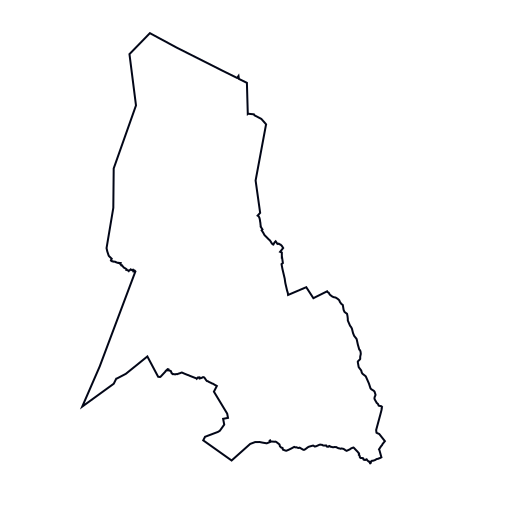 outline of Bergeijk, Noord-Brabant, Netherlands, rotated 98°
{"feature_id": "6326949B35085344325863", "entity_name": "Bergeijk", "entity_type": "district", "adm_level": 2, "iso_a3": "NLD", "parent_name": "Netherlands", "parent_adm1": "Noord-Brabant", "projection": "equal_earth", "projection_center": [5.381, 51.323], "detail": "fine", "context": "isolated", "style": "outline", "palette": "ink", "viewbox_px": 512, "rotation_deg": 98, "n_neighbors": 0, "source": "geoboundaries", "source_scale": "gbopen_adm2", "svg_char_len": 5977}
<svg xmlns="http://www.w3.org/2000/svg" viewBox="0 0 512 512"><g transform="rotate(98 256 256)"><path d="M124.3,264.3L123.5,265.1L119.5,269.8L116.9,277.1L116.1,277.7L116.0,277.8L116.2,283.3L116.3,283.7L116.5,283.9L85.8,289.1L83.0,297.6L80.2,298.4L82.3,299.5L77.0,315.5L60.7,363.5L50.1,392.1L73.7,409.4L123.6,395.8L189.1,409.1L228.2,404.0L269.0,405.1L272.2,403.9L276.2,401.9L276.6,401.5L278.8,398.5L280.5,399.1L281.0,398.6L281.2,398.1L281.1,397.6L281.4,396.9L281.4,396.5L281.3,396.3L281.4,396.0L281.3,395.7L281.3,395.1L281.3,394.6L281.4,394.2L281.6,394.1L281.8,393.0L281.9,392.7L282.0,392.0L282.1,391.4L281.9,391.2L282.0,390.9L281.9,390.7L281.8,389.0L282.0,389.0L282.4,389.2L282.7,389.4L282.8,389.3L282.7,389.1L283.1,388.9L284.1,388.0L284.1,387.9L283.8,387.9L283.8,387.7L284.0,387.7L284.2,387.3L284.9,386.3L285.8,385.4L286.2,384.4L286.5,383.6L287.1,382.4L287.4,382.2L287.8,382.3L287.8,382.2L287.7,382.0L288.1,381.3L288.0,381.0L288.0,380.6L288.5,380.0L288.2,379.9L288.1,379.6L287.9,379.2L287.3,378.8L286.9,378.4L287.1,378.3L286.9,377.9L287.4,376.5L287.2,376.5L287.1,376.4L287.4,376.1L287.3,375.7L287.0,375.7L286.9,375.8L286.8,375.7L287.2,375.3L287.4,375.3L287.3,375.1L287.9,375.0L287.6,374.7L287.9,374.2L287.7,373.8L287.9,373.7L288.1,373.3L387.1,395.4L429.3,407.1L402.3,379.1L396.9,377.3L396.6,376.6L390.8,368.5L370.6,349.6L389.2,336.1L389.2,334.2L388.7,333.6L383.0,329.6L382.5,329.5L380.3,327.7L380.4,327.0L380.6,327.0L381.3,327.1L381.1,326.6L381.6,326.0L381.6,325.9L381.4,325.7L381.8,324.4L382.0,324.1L382.8,323.8L383.7,323.3L383.8,322.9L384.5,322.3L384.6,321.9L384.4,321.7L384.5,319.6L384.4,319.3L384.1,318.9L384.0,318.6L384.0,317.6L383.3,316.4L382.6,314.9L381.8,313.5L381.7,313.2L382.5,310.4L383.4,306.8L383.4,306.3L383.8,305.2L385.5,298.0L385.6,297.8L385.8,297.6L384.4,296.7L384.0,295.0L384.3,294.8L385.0,295.1L385.2,294.9L385.0,294.4L384.7,293.8L384.5,293.3L384.3,293.1L384.2,292.7L383.4,291.8L383.3,291.2L383.3,290.8L383.8,290.0L386.0,288.0L386.7,287.1L386.7,286.8L386.7,286.3L387.3,285.0L387.9,282.9L388.2,282.3L388.5,280.8L389.1,279.4L389.4,278.8L389.8,277.5L390.0,277.3L390.2,276.7L396.2,278.8L416.1,262.6L420.2,261.2L421.8,265.9L427.4,264.0L434.1,267.5L435.5,269.2L442.1,281.3L445.9,282.6L461.9,251.7L442.9,235.6L440.4,231.0L439.7,226.5L439.9,223.5L440.0,219.3L438.2,216.1L437.8,216.5L437.3,216.8L437.0,216.8L436.7,216.4L437.3,216.1L437.6,215.8L437.4,212.6L437.3,211.5L437.2,211.2L437.1,210.8L437.4,209.9L439.3,206.6L439.6,206.4L441.0,205.9L442.0,204.7L442.3,204.0L442.3,203.3L442.5,202.9L442.8,202.8L443.6,202.6L444.0,202.4L444.2,201.8L444.2,201.4L444.6,199.8L444.6,199.3L444.6,198.8L443.3,196.6L441.3,193.7L439.7,191.6L439.7,191.4L440.0,190.7L440.0,190.1L439.8,189.5L439.8,189.3L440.1,188.2L440.2,187.2L440.1,186.8L439.7,186.1L441.2,182.5L441.3,182.0L441.3,181.5L440.9,180.8L439.3,179.1L438.4,178.3L437.5,177.1L436.1,173.9L435.8,173.1L435.8,172.8L436.5,171.3L436.5,171.1L436.2,170.6L436.0,169.9L434.6,167.7L434.1,166.9L433.8,166.1L433.9,165.7L433.8,164.3L434.2,163.5L434.3,162.6L434.2,162.0L434.1,161.1L433.9,160.6L433.8,160.3L434.0,159.9L434.8,159.4L434.9,158.1L434.7,157.7L434.1,157.3L433.9,157.0L433.9,156.8L434.0,156.5L434.4,156.0L434.5,155.7L434.5,154.8L434.7,153.5L434.6,152.7L434.2,151.5L434.1,149.7L434.5,149.0L434.9,147.6L434.9,146.7L435.1,145.3L434.7,144.6L434.8,142.7L435.0,142.3L435.2,141.5L435.6,141.0L435.9,140.4L436.2,139.5L436.3,139.1L434.7,136.6L434.2,135.9L433.5,135.3L432.9,134.4L432.3,133.3L432.1,132.8L432.4,132.3L434.1,130.2L434.8,129.3L435.8,128.0L436.6,127.3L437.0,126.6L437.7,126.3L438.6,126.5L439.2,125.7L440.1,125.3L440.7,125.2L441.3,124.6L441.5,124.1L441.3,123.0L441.3,122.0L441.5,121.6L441.8,121.4L442.5,121.3L442.6,121.2L442.8,120.6L442.8,119.5L442.6,119.1L442.0,118.5L441.9,118.3L441.9,118.2L442.0,118.0L442.4,117.8L442.8,117.4L444.0,115.6L444.0,115.4L443.8,115.0L443.8,114.4L444.9,114.4L445.4,114.2L445.4,113.9L445.0,113.6L443.9,113.5L443.3,113.2L442.6,112.6L442.4,111.5L442.2,111.1L441.5,109.7L440.9,109.0L440.4,108.4L440.1,107.8L439.8,106.8L439.1,105.8L439.1,105.5L437.9,103.8L431.0,106.8L430.4,107.3L427.0,105.7L425.8,104.9L424.6,104.5L421.4,102.6L415.1,109.2L414.5,111.4L414.2,112.1L411.6,112.8L395.7,110.8L391.3,110.3L389.6,110.2L389.4,110.4L389.1,110.4L387.9,110.2L387.5,110.7L387.3,111.1L387.2,113.3L387.1,113.7L385.6,114.6L385.3,115.0L384.6,116.1L384.2,116.4L384.0,116.5L381.6,118.4L380.8,118.8L380.4,118.9L379.3,118.9L378.2,118.6L377.4,118.4L376.9,118.3L376.2,118.6L373.9,119.7L373.4,120.2L373.0,120.8L371.9,123.3L371.1,124.2L370.3,124.6L366.6,126.4L360.3,130.3L359.8,130.7L359.6,131.0L358.0,133.8L357.6,134.3L356.8,135.0L354.7,135.9L352.0,138.6L351.6,138.9L347.3,140.3L346.5,140.5L346.0,140.3L343.9,138.7L343.4,138.5L341.2,138.8L338.4,138.6L336.4,139.1L334.9,139.8L334.3,140.7L333.7,141.0L332.5,141.5L329.6,142.8L325.0,144.5L324.1,144.9L321.4,147.7L318.8,149.2L314.6,150.9L313.3,151.8L311.9,153.2L307.3,156.0L306.7,156.2L305.6,156.3L302.9,157.0L300.6,157.8L300.4,158.1L299.8,159.3L299.1,160.5L298.7,160.8L297.6,161.5L297.0,161.8L292.5,163.2L292.3,163.4L291.7,164.6L291.4,165.0L289.7,166.6L288.4,167.3L288.1,167.6L287.1,169.1L286.2,171.0L286.0,171.9L286.0,173.1L285.7,174.3L285.4,175.1L284.2,177.2L283.7,177.8L282.3,178.8L282.0,179.3L281.9,180.0L281.7,180.3L281.1,180.7L288.1,190.9L289.8,193.3L279.9,201.9L290.1,218.8L288.3,219.3L285.7,220.5L279.2,223.0L277.7,223.5L274.5,224.4L265.2,228.0L260.5,229.6L259.2,228.4L253.1,230.2L253.2,230.3L249.0,230.9L248.5,232.7L244.3,230.2L242.2,232.0L241.4,233.2L241.3,233.3L241.3,233.7L241.2,234.0L240.6,235.2L241.1,236.0L240.9,236.7L240.3,237.1L238.7,238.6L239.6,239.3L241.1,240.0L242.3,240.4L242.3,240.6L242.1,240.9L241.6,241.8L240.5,242.8L239.8,243.3L238.6,244.4L237.7,245.8L235.6,248.5L234.2,250.4L233.7,250.8L231.8,252.2L229.8,254.0L228.8,253.3L226.5,255.3L226.4,255.2L224.7,255.8L222.5,256.3L221.4,256.7L220.9,256.8L219.0,257.4L217.6,258.0L216.6,258.7L216.3,259.0L215.8,260.0L212.7,257.9L181.3,266.9L125.3,264.4L124.3,264.3Z" fill="none" stroke="#020617" stroke-width="2"/></g></svg>